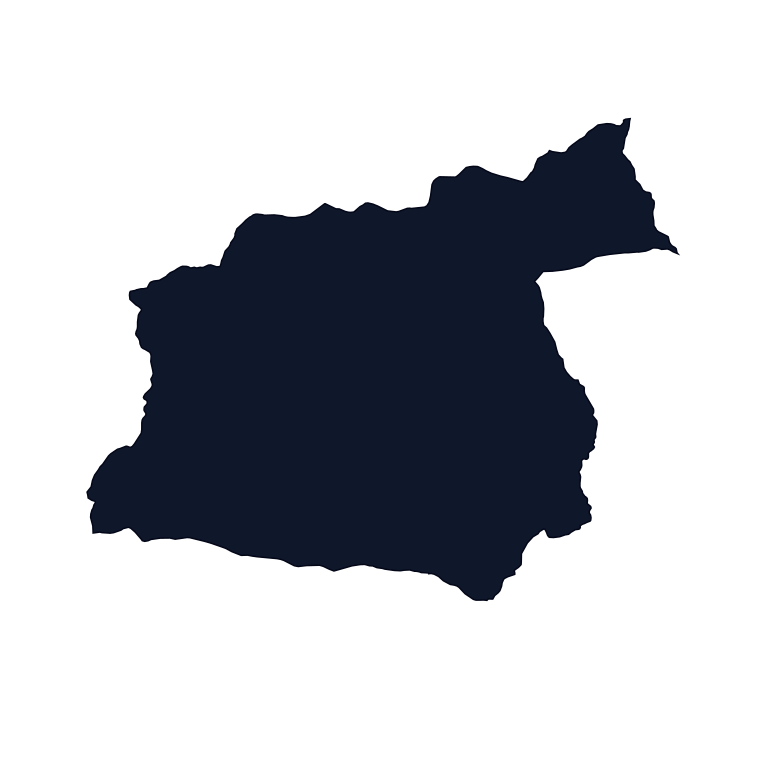 the district of La Merced, Caldas, Colombia, rotated 262°
{"feature_id": "7082276B22025402112041", "entity_name": "La Merced", "entity_type": "district", "adm_level": 2, "iso_a3": "COL", "parent_name": "Colombia", "parent_adm1": "Caldas", "projection": "albers", "projection_center": [-75.549, 5.392], "detail": "fine", "context": "isolated", "style": "filled", "palette": "ink", "viewbox_px": 768, "rotation_deg": 262, "n_neighbors": 0, "source": "geoboundaries", "source_scale": "gbopen_adm2", "svg_char_len": 6147}
<svg xmlns="http://www.w3.org/2000/svg" viewBox="0 0 768 768"><g transform="rotate(262 384 384)"><path d="M612.5,664.7L612.6,660.2L612.1,658.4L611.6,657.9L610.3,657.8L609.1,657.2L606.9,654.5L606.7,653.5L607.4,649.9L608.8,647.9L610.0,644.9L610.8,640.8L610.7,632.0L607.5,626.6L605.5,622.1L603.8,620.0L601.2,617.6L599.7,614.3L599.1,612.2L594.6,603.9L592.3,600.2L588.8,597.1L588.2,595.6L588.1,591.6L590.6,583.2L592.1,580.3L589.9,578.6L587.2,572.4L586.8,570.3L585.6,567.8L580.1,564.4L577.1,563.2L573.6,560.7L572.6,558.9L568.1,554.6L565.1,550.3L564.9,549.4L565.8,547.0L571.1,535.0L573.6,528.4L577.7,519.7L581.0,514.6L583.4,511.6L585.8,507.9L586.4,506.6L587.1,502.7L587.2,498.9L586.9,495.5L581.0,487.5L579.1,484.3L579.0,482.9L581.4,468.1L581.3,467.2L579.7,463.8L578.2,461.7L577.2,460.9L574.7,459.3L563.7,456.3L557.5,453.9L554.5,451.3L553.5,448.8L554.0,435.5L554.5,434.0L554.7,431.5L552.8,422.7L552.7,420.0L554.9,411.6L561.1,402.5L563.7,398.0L565.5,393.3L565.6,390.8L564.1,388.2L563.0,385.0L558.8,378.6L558.5,377.8L558.6,374.7L559.1,372.5L560.2,369.7L563.6,364.0L564.1,360.8L570.7,350.9L570.7,350.2L562.1,334.7L561.0,329.2L561.1,319.4L561.5,316.5L562.4,311.9L563.4,309.1L564.7,306.6L566.7,298.8L567.7,289.3L568.7,286.8L569.9,281.9L570.0,280.3L569.6,278.0L568.3,275.7L568.0,274.4L565.4,270.0L562.2,265.9L558.2,260.0L553.5,257.4L551.7,257.2L549.3,255.9L545.2,251.9L543.7,251.3L541.3,249.6L537.9,245.4L536.9,244.8L531.7,242.3L528.9,240.4L525.0,239.0L523.1,238.0L523.3,234.6L526.0,229.1L526.1,228.1L526.2,226.6L524.6,221.4L524.7,219.8L525.2,218.2L524.9,214.7L526.0,212.3L525.7,208.7L527.2,206.6L527.9,205.0L528.6,200.9L528.3,199.2L526.9,195.5L525.3,192.3L523.9,187.7L521.7,184.3L521.0,183.8L517.9,175.9L518.0,170.2L517.4,167.5L517.0,166.6L515.5,165.3L512.0,162.9L511.8,159.0L512.1,156.6L511.7,151.9L511.3,150.8L511.0,145.7L509.8,144.9L507.3,144.3L503.2,144.2L496.8,149.4L495.1,151.6L492.1,154.2L490.5,153.9L488.3,151.7L486.4,150.4L479.8,148.6L474.8,147.9L472.5,147.2L470.6,146.0L468.4,145.2L467.0,145.3L463.5,147.3L460.7,148.1L457.7,148.0L454.1,149.0L452.6,150.5L451.7,152.0L448.0,156.6L445.7,157.3L443.8,157.3L438.7,156.2L429.4,156.9L426.1,156.9L423.3,155.4L421.8,154.1L420.9,153.8L416.7,154.5L415.2,154.5L413.8,153.9L411.6,152.1L407.4,146.2L405.2,144.4L404.0,143.9L402.5,144.5L401.1,146.4L399.5,147.2L397.2,146.6L394.7,143.6L393.8,143.2L392.1,142.8L391.0,142.8L388.2,144.1L387.2,144.1L385.9,143.5L383.5,140.6L381.9,139.5L379.4,138.8L372.6,137.8L369.1,136.8L359.4,128.5L357.2,126.1L356.6,124.5L356.7,123.4L357.9,121.3L358.3,120.0L356.8,113.6L356.5,111.0L352.9,103.7L351.1,101.2L343.7,94.3L341.6,91.5L338.8,89.3L334.1,84.8L329.1,81.9L322.9,79.7L318.3,74.9L315.4,75.2L312.3,75.2L309.5,78.5L308.1,81.5L307.3,81.7L306.2,81.4L304.7,80.0L301.3,78.5L300.1,77.4L296.1,75.6L292.7,74.9L284.0,75.9L276.9,75.2L276.9,82.0L276.1,83.9L274.4,92.1L274.4,95.5L275.9,103.2L277.1,105.5L277.7,111.0L276.4,113.2L271.8,117.1L264.0,122.1L262.5,122.8L261.5,125.1L261.6,128.5L262.5,131.6L262.5,141.0L261.3,150.5L259.4,155.6L259.4,167.7L258.8,170.4L253.3,184.2L251.1,189.2L246.7,197.9L243.5,204.0L239.1,210.1L234.2,218.7L233.5,225.1L232.0,229.4L230.6,234.3L226.0,253.7L224.8,257.2L223.3,260.2L216.5,269.9L215.2,273.7L215.0,281.9L213.5,295.0L211.9,298.5L208.4,303.8L205.8,308.4L208.4,327.0L208.5,335.3L208.0,339.9L206.0,344.4L205.5,347.4L203.1,351.5L201.6,356.8L200.6,359.0L197.9,368.4L196.8,374.2L196.8,378.4L196.3,383.6L194.3,388.2L194.0,390.2L193.1,392.8L192.1,394.6L190.7,401.8L189.9,401.8L189.8,404.3L188.7,407.2L185.8,411.3L180.9,415.4L176.3,421.7L175.0,425.8L173.8,428.2L172.3,429.9L165.0,435.1L158.3,442.5L157.2,444.9L156.1,453.1L155.4,455.8L156.6,457.4L155.9,461.8L159.1,464.2L161.4,468.0L163.2,470.0L167.4,472.3L170.7,473.3L174.0,475.3L174.8,476.6L175.9,479.7L177.3,487.0L178.7,487.2L180.8,487.0L181.7,487.7L183.7,491.6L185.6,494.1L186.1,494.6L188.2,495.1L196.9,496.5L206.6,503.8L212.0,510.3L214.3,515.7L216.2,517.4L218.1,521.7L217.9,523.0L217.1,523.4L214.4,524.3L211.6,524.9L210.1,525.6L209.2,526.4L208.4,530.5L208.3,536.8L209.4,542.3L209.5,545.9L211.2,548.6L213.1,553.1L213.1,556.8L213.5,557.7L214.6,558.4L216.3,558.5L217.5,560.9L217.9,563.0L218.8,565.7L219.5,569.0L220.2,569.7L222.8,570.4L225.5,570.3L227.5,569.4L228.8,569.4L230.0,569.9L232.3,571.8L234.0,571.6L236.8,569.0L237.6,568.6L240.6,569.3L242.5,569.3L242.5,569.0L244.3,568.0L244.3,567.5L247.6,565.7L248.4,565.4L250.2,565.4L253.8,563.9L255.5,563.8L258.9,564.3L264.6,565.7L266.5,565.6L269.9,564.6L272.0,566.5L274.3,568.0L275.9,568.5L280.0,568.8L281.4,569.6L282.1,571.2L282.0,572.1L281.3,573.5L281.4,574.5L281.8,575.3L282.4,575.9L283.5,576.3L287.2,576.8L288.6,578.3L289.0,579.5L290.8,582.5L292.3,583.6L294.5,582.7L295.4,582.7L296.6,583.9L297.5,584.2L299.4,584.1L299.8,584.3L301.5,586.0L302.2,586.3L305.2,586.4L314.3,589.4L317.9,589.6L323.6,586.2L324.6,586.2L326.3,587.5L328.3,587.9L330.2,587.9L345.3,581.7L346.8,581.3L349.4,581.3L352.2,581.8L353.6,581.3L356.5,577.5L360.9,576.6L361.3,573.4L362.6,571.8L365.7,569.2L370.3,566.3L375.1,564.4L383.7,564.4L385.1,563.0L388.6,560.6L393.9,559.7L401.8,558.9L411.0,555.4L416.8,552.7L419.8,550.2L423.9,550.1L426.9,550.5L428.7,551.2L436.4,552.6L442.7,553.0L446.9,552.1L449.8,551.8L452.8,551.8L457.8,551.1L460.0,550.2L464.3,547.4L464.8,547.5L467.6,551.0L473.3,557.2L472.3,566.5L472.0,577.1L472.2,583.7L473.2,591.9L473.3,595.0L474.1,598.2L478.6,606.5L480.4,611.2L480.7,613.2L481.0,625.4L480.5,640.8L480.0,644.1L479.5,653.3L479.2,654.5L479.2,661.8L480.1,666.0L481.2,668.9L481.2,670.4L480.4,674.4L478.7,677.6L478.3,683.5L477.2,685.6L474.8,688.5L472.1,693.1L473.3,692.4L477.1,692.2L477.6,691.9L478.7,691.1L480.5,688.7L482.1,687.5L484.6,686.4L490.2,685.9L491.1,684.9L496.5,677.0L498.4,675.3L500.2,674.7L503.2,673.3L508.1,673.8L514.2,673.7L516.8,674.0L518.8,674.6L521.1,675.8L525.4,676.8L527.7,676.8L530.1,674.9L531.5,674.5L534.2,674.8L535.6,674.6L536.6,673.5L537.7,669.9L540.0,667.2L545.9,665.1L551.3,661.0L554.5,661.5L562.2,661.5L566.2,659.6L569.9,658.4L572.1,656.5L576.6,653.9L578.6,652.3L579.8,652.0L581.7,652.0L582.4,652.3L584.0,653.8L594.1,656.9L597.4,659.3L599.8,660.1L602.0,661.5L604.8,662.5L609.9,663.7L612.5,664.7Z" fill="#0f172a" stroke="#020617" stroke-width="1.5"/></g></svg>